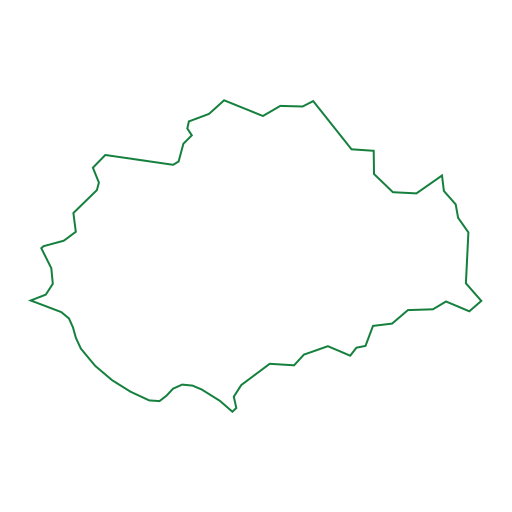 SVG path tracing the border of Armagh
{"feature_id": "GBR-2085", "entity_name": "Armagh", "entity_type": "District", "adm_level": 1, "iso_a3": "GBR", "parent_name": "United Kingdom", "parent_adm1": "", "projection": "equal_earth", "projection_center": [-6.648, 54.319], "detail": "fine", "context": "isolated", "style": "outline", "palette": "green", "viewbox_px": 512, "rotation_deg": 0, "n_neighbors": 0, "source": "natural_earth", "source_scale": "10m", "svg_char_len": 972}
<svg xmlns="http://www.w3.org/2000/svg" viewBox="0 0 512 512"><path d="M159.5,401.1L149.2,400.4L130.5,391.7L112.1,380.2L95.2,365.9L80.9,348.7L75.9,337.9L73.0,327.5L69.0,318.5L61.3,312.1L30.7,300.5L45.8,294.6L52.8,283.8L51.3,268.2L41.3,248.2L43.5,246.2L47.2,245.2L63.8,240.7L75.8,231.8L73.4,213.0L96.9,190.1L98.9,182.6L92.9,167.7L105.3,155.0L173.1,164.8L178.6,161.5L183.4,143.7L191.8,135.3L187.3,128.5L188.9,121.4L209.0,113.9L224.1,100.3L262.9,116.0L280.3,105.9L302.6,106.5L313.2,101.1L351.5,149.3L373.7,150.8L374.0,174.0L392.9,192.2L416.4,193.4L442.0,175.5L443.9,191.0L455.7,204.4L458.1,217.8L468.4,232.4L465.9,283.3L481.3,300.9L469.3,311.3L446.0,301.5L432.9,309.3L407.9,310.1L392.1,323.6L373.0,325.9L365.5,345.9L356.4,347.7L350.2,355.7L327.9,346.2L303.9,354.6L294.1,365.3L269.7,363.8L241.3,385.0L233.8,396.7L236.3,408.0L232.4,411.7L219.8,400.8L201.7,389.5L192.5,385.6L182.2,384.6L173.0,388.7L166.5,395.7L159.5,401.1Z" fill="none" stroke="#15803d" stroke-width="2"/></svg>